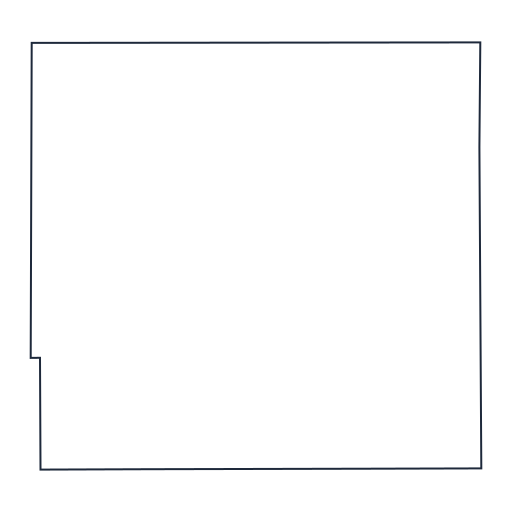 outline of Poweshiek, Iowa, United States of America
{"feature_id": "52423323B384503351074", "entity_name": "Poweshiek", "entity_type": "district", "adm_level": 2, "iso_a3": "USA", "parent_name": "United States of America", "parent_adm1": "Iowa", "projection": "natural_earth1", "projection_center": [-92.541, 41.686], "detail": "fine", "context": "isolated", "style": "outline", "palette": "slate", "viewbox_px": 512, "rotation_deg": 0, "n_neighbors": 0, "source": "geoboundaries", "source_scale": "gbopen_adm2", "svg_char_len": 241}
<svg xmlns="http://www.w3.org/2000/svg" viewBox="0 0 512 512"><path d="M371.3,468.7L481.3,468.4L479.4,147.0L480.3,42.4L31.7,42.9L30.7,357.9L40.0,357.8L40.5,469.6L150.2,469.2L371.3,468.7Z" fill="none" stroke="#1e293b" stroke-width="2"/></svg>